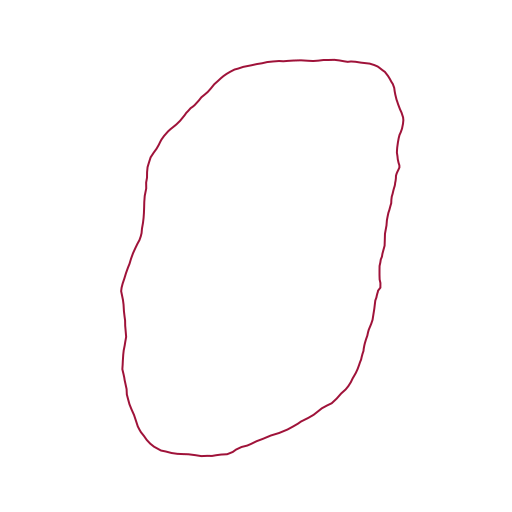 South Nilandhoo, Maldives, rotated 9°
{"feature_id": "70690204B67340170019172", "entity_name": "South Nilandhoo", "entity_type": "district", "adm_level": 2, "iso_a3": "MDV", "parent_name": "Maldives", "parent_adm1": "", "projection": "orthographic", "projection_center": [72.94, 2.835], "detail": "fine", "context": "isolated", "style": "outline", "palette": "rose", "viewbox_px": 512, "rotation_deg": 9, "n_neighbors": 0, "source": "geoboundaries", "source_scale": "gbopen_adm2", "svg_char_len": 3133}
<svg xmlns="http://www.w3.org/2000/svg" viewBox="0 0 512 512"><g transform="rotate(9 256 256)"><path d="M203.5,463.8L209.3,463.7L214.7,463.1L220.3,462.4L227.3,462.2L233.3,462.2L239.7,460.9L243.7,460.4L247.8,459.0L252.5,457.6L258.5,456.3L263.7,453.2L266.6,450.3L271.6,446.9L277.0,444.6L280.5,442.4L285.6,438.8L291.1,435.7L298.7,431.0L306.5,427.2L314.2,422.5L319.4,418.5L323.6,415.1L326.4,412.4L333.0,407.7L337.8,403.8L341.5,399.8L344.9,396.1L349.6,392.5L353.8,389.6L358.0,384.2L361.6,378.5L365.4,373.8L367.5,370.2L369.4,365.8L370.6,361.8L371.7,359.0L372.9,355.8L374.0,351.9L374.8,347.9L375.4,344.4L376.0,341.9L376.2,338.9L376.5,336.0L377.0,333.0L376.9,330.6L377.0,327.1L377.2,324.8L377.7,321.1L378.4,317.3L378.6,313.8L378.9,311.2L380.4,305.0L381.1,300.8L381.1,296.6L381.1,293.2L381.1,289.7L380.8,281.3L381.4,278.2L381.5,276.1L381.7,274.0L381.9,272.8L382.0,271.1L383.8,267.8L383.1,263.2L381.8,259.9L381.0,255.7L380.2,250.7L379.6,246.5L379.8,243.1L379.8,239.9L380.5,236.9L380.5,234.1L380.8,231.2L381.4,225.7L380.8,220.8L379.9,213.8L380.1,205.5L379.7,200.2L379.8,196.7L380.0,192.7L380.5,189.7L380.9,185.9L381.3,182.7L380.9,179.2L380.8,176.1L381.2,173.1L381.4,170.1L381.7,167.3L382.0,165.3L382.1,163.7L382.0,162.1L382.1,160.0L382.0,157.2L381.7,154.9L382.0,152.6L382.5,150.6L382.9,149.4L383.5,147.3L383.8,146.0L383.4,144.0L382.2,141.6L380.9,138.3L380.1,135.3L379.0,131.9L378.7,129.2L378.5,126.6L378.4,121.3L378.5,117.3L378.8,114.0L379.6,111.1L380.3,107.3L380.5,102.4L380.3,98.8L379.6,96.1L377.3,91.6L375.3,88.6L372.5,83.7L371.5,81.7L370.3,79.5L368.3,74.7L367.2,71.6L366.2,68.3L365.2,66.5L364.2,64.7L362.4,62.7L360.6,60.3L358.3,57.6L356.3,55.7L354.5,54.0L351.9,52.7L348.1,50.6L346.5,49.8L342.9,48.9L338.2,48.2L333.8,48.4L329.4,48.6L323.9,48.6L319.4,49.0L316.2,49.9L312.6,49.9L307.7,49.8L302.6,50.0L297.3,51.0L292.2,51.8L287.0,53.3L281.9,54.5L276.1,55.1L269.7,55.7L262.4,57.1L257.0,58.3L252.5,59.4L248.3,59.8L242.4,61.2L236.7,62.7L231.8,64.7L226.8,66.3L221.5,68.4L213.8,71.2L209.0,73.7L205.6,75.2L201.8,78.0L198.5,80.7L195.7,83.4L193.6,85.8L191.1,89.0L187.9,92.9L185.3,97.4L182.7,101.5L179.8,104.9L177.2,107.8L175.3,111.2L174.0,113.2L171.7,116.7L170.1,118.5L168.3,120.2L166.4,123.2L164.7,125.6L163.6,127.9L159.9,134.3L156.7,138.6L151.8,144.0L149.7,146.6L146.4,151.8L144.4,155.8L143.6,158.1L142.6,161.4L141.0,165.6L138.8,169.9L136.5,175.0L135.7,180.1L135.0,185.2L135.3,190.2L136.1,195.7L136.0,200.6L137.0,206.4L136.7,214.0L137.2,220.1L137.9,225.4L138.6,231.3L139.0,236.0L139.2,240.8L139.1,246.8L139.4,251.3L139.1,254.7L138.4,258.5L137.0,262.4L135.7,266.7L134.1,272.5L133.0,278.2L132.3,283.5L131.4,287.3L130.3,293.1L129.5,298.8L128.6,304.1L128.2,308.3L128.3,311.8L131.5,320.3L132.8,324.8L134.2,331.2L135.6,336.2L136.8,340.2L137.7,345.3L138.8,349.7L140.4,356.2L140.3,361.0L140.3,365.1L140.1,369.9L140.3,374.1L140.9,380.6L141.3,384.2L141.7,388.7L143.7,393.6L144.9,396.7L145.7,399.2L149.0,407.7L150.1,413.0L152.3,418.0L154.2,422.2L157.0,426.9L160.4,432.1L163.2,437.5L165.9,442.8L168.1,445.8L169.9,448.0L173.4,451.2L176.9,454.8L180.9,457.9L185.1,460.3L192.6,463.0L197.3,463.2L203.5,463.8Z" fill="none" stroke="#9f1239" stroke-width="2"/></g></svg>